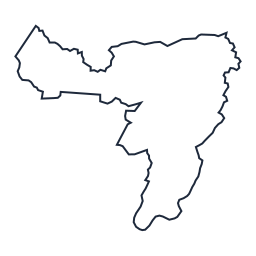 Quinze de Novembro, Rio Grande do Sul, Brazil
{"feature_id": "56859067B70559622092881", "entity_name": "Quinze de Novembro", "entity_type": "district", "adm_level": 2, "iso_a3": "BRA", "parent_name": "Brazil", "parent_adm1": "Rio Grande do Sul", "projection": "orthographic", "projection_center": [-53.12, -28.781], "detail": "fine", "context": "isolated", "style": "outline", "palette": "slate", "viewbox_px": 256, "rotation_deg": 0, "n_neighbors": 0, "source": "geoboundaries", "source_scale": "gbopen_adm2", "svg_char_len": 2185}
<svg xmlns="http://www.w3.org/2000/svg" viewBox="0 0 256 256"><path d="M220.6,110.1L222.5,106.4L224.0,102.3L227.2,100.8L226.0,96.8L223.4,95.2L225.5,91.2L228.4,87.0L227.7,83.5L224.8,82.8L225.4,77.6L223.6,75.4L225.0,72.5L228.6,72.3L230.4,68.0L233.5,68.4L236.7,70.1L239.3,67.8L238.4,63.8L240.6,61.4L238.5,58.2L235.3,57.3L236.1,52.3L232.0,50.3L234.6,47.3L232.9,43.5L230.0,43.0L228.2,38.9L225.4,37.5L226.5,32.8L218.2,36.2L214.7,35.0L201.1,34.5L198.7,35.5L195.7,38.5L182.3,39.2L167.4,46.0L160.2,41.9L154.5,42.3L144.5,44.4L135.8,41.8L133.2,41.6L121.5,43.9L117.7,46.2L111.7,46.9L108.9,50.2L111.7,52.7L113.9,56.4L111.2,60.5L110.8,65.4L106.3,68.3L105.2,71.3L100.4,69.8L97.7,71.8L94.2,70.2L90.6,70.7L90.7,66.9L87.1,64.8L83.2,62.1L83.6,59.0L81.9,55.7L81.8,52.0L77.9,53.4L77.7,49.7L73.9,48.8L70.0,51.0L67.2,49.0L62.6,49.3L60.1,46.2L57.5,43.9L54.8,42.5L49.6,42.5L47.7,38.1L44.4,35.5L42.5,30.6L39.3,30.9L38.6,28.0L35.8,25.9L15.4,56.4L18.8,60.4L19.9,63.1L19.3,67.4L17.7,71.2L19.6,76.5L22.3,79.9L28.6,80.4L31.2,82.2L34.1,86.6L36.8,87.6L38.1,90.1L42.9,91.7L41.7,98.6L53.7,98.1L57.8,97.8L60.3,95.5L60.7,91.9L100.2,94.7L100.2,101.3L107.5,103.6L111.8,101.6L115.6,97.9L119.8,99.7L121.2,102.7L125.7,104.1L128.5,106.2L135.3,104.4L141.0,102.7L134.7,111.0L126.1,110.7L125.1,116.0L125.7,119.6L130.8,122.7L127.7,124.3L119.7,139.4L116.9,144.8L120.0,145.1L122.7,146.2L128.8,154.4L134.7,154.3L147.0,149.9L147.2,153.1L149.0,155.6L149.1,158.6L151.7,163.0L150.1,167.5L147.9,169.6L148.6,173.0L148.0,176.0L145.3,180.1L148.9,181.4L147.4,184.8L145.6,188.6L143.8,191.4L141.5,195.4L142.7,201.0L140.6,206.6L136.1,213.3L134.2,217.7L133.7,222.2L136.1,226.8L139.6,229.2L142.3,230.1L145.2,229.7L149.4,225.6L152.6,220.4L155.6,216.6L159.4,215.6L162.8,216.5L169.3,219.7L174.6,218.4L177.3,216.9L181.4,211.1L178.8,206.1L178.0,203.1L179.3,199.8L183.6,198.2L187.2,196.0L189.1,193.9L190.4,191.2L192.3,187.0L194.3,183.7L195.6,180.5L198.3,176.5L199.5,172.0L200.1,168.2L201.7,164.1L202.4,160.4L199.2,158.2L198.6,155.2L197.4,151.8L195.9,147.0L199.5,145.1L202.3,143.5L204.7,140.8L209.0,136.4L212.7,132.8L214.9,128.0L218.3,124.2L221.5,122.2L224.2,118.1L221.8,114.4L218.6,112.6L220.6,110.1Z" fill="none" stroke="#1e293b" stroke-width="2"/></svg>